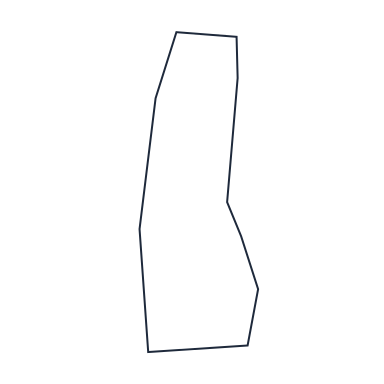 map outline of Sowa (orthographic projection), rotated 81°
{"feature_id": "BWA-5505", "entity_name": "Sowa", "entity_type": "Township", "adm_level": 1, "iso_a3": "BWA", "parent_name": "Botswana", "parent_adm1": "", "projection": "orthographic", "projection_center": [26.183, -20.572], "detail": "fine", "context": "isolated", "style": "outline", "palette": "slate", "viewbox_px": 384, "rotation_deg": 81, "n_neighbors": 0, "source": "natural_earth", "source_scale": "10m", "svg_char_len": 292}
<svg xmlns="http://www.w3.org/2000/svg" viewBox="0 0 384 384"><g transform="rotate(81 192 192)"><path d="M45.7,123.7L86.6,129.1L207.5,158.9L243.4,150.4L298.3,141.9L352.3,161.1L343.2,260.3L220.4,249.6L93.7,213.3L31.7,182.4L45.7,123.7Z" fill="none" stroke="#1e293b" stroke-width="2"/></g></svg>